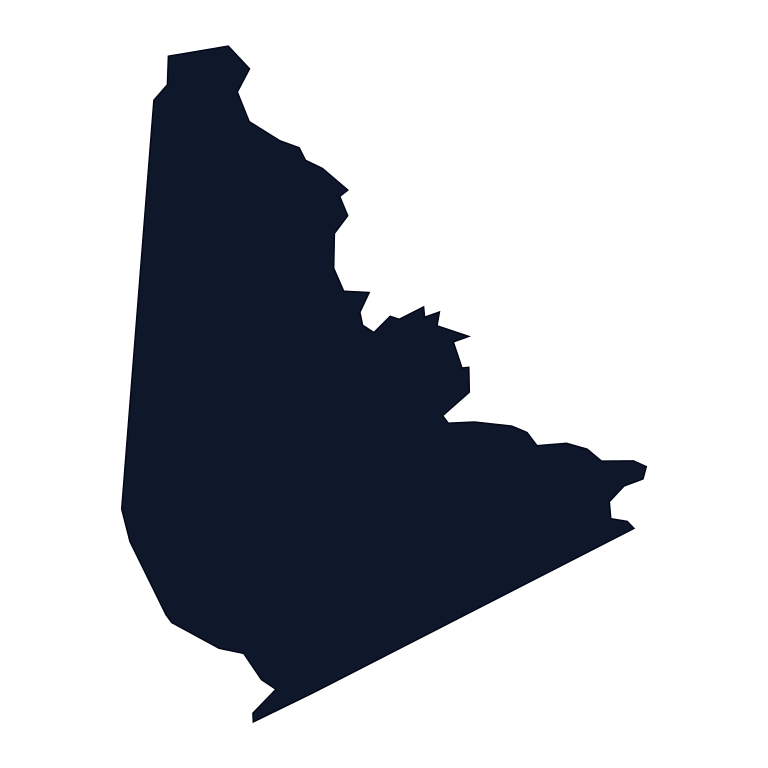 outline of San Jacinto, Texas, United States of America
{"feature_id": "52423323B92388679305568", "entity_name": "San Jacinto", "entity_type": "district", "adm_level": 2, "iso_a3": "USA", "parent_name": "United States of America", "parent_adm1": "Texas", "projection": "orthographic", "projection_center": [-95.097, 30.613], "detail": "fine", "context": "isolated", "style": "filled", "palette": "ink", "viewbox_px": 768, "rotation_deg": 0, "n_neighbors": 0, "source": "geoboundaries", "source_scale": "gbopen_adm2", "svg_char_len": 859}
<svg xmlns="http://www.w3.org/2000/svg" viewBox="0 0 768 768"><path d="M153.9,100.2L121.7,509.0L130.0,541.6L166.1,614.9L171.8,622.6L219.1,648.3L243.7,653.4L261.5,679.7L276.0,689.3L252.9,713.2L253.3,721.9L313.2,692.7L633.9,528.4L627.2,521.4L610.8,518.7L609.3,501.7L624.0,486.0L643.0,478.9L646.3,466.7L633.5,460.9L601.5,461.1L587.2,449.2L566.5,443.3L537.0,445.7L527.0,432.5L511.7,426.1L474.3,422.0L448.3,423.2L442.6,415.7L469.3,392.1L468.8,367.3L462.0,368.0L453.3,341.9L468.7,336.4L437.0,325.8L439.4,312.0L424.6,317.2L423.6,306.9L399.2,319.3L390.2,316.3L373.9,332.6L362.6,325.2L359.9,312.2L369.2,292.5L343.7,291.2L333.7,268.2L334.4,233.4L347.7,215.7L339.7,196.4L347.8,190.1L322.5,168.5L305.5,160.3L299.2,147.8L279.7,140.7L249.2,121.6L237.3,92.0L249.5,68.8L228.2,46.1L168.4,56.2L167.4,84.7L153.9,100.2Z" fill="#0f172a" stroke="#020617" stroke-width="1.5"/></svg>